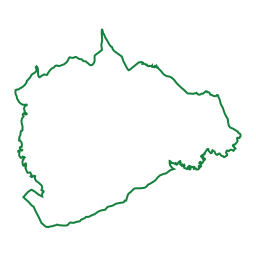 Phu Kradueng, Loei, Thailand (Natural Earth projection)
{"feature_id": "78962969B77049388444937", "entity_name": "Phu Kradueng", "entity_type": "district", "adm_level": 2, "iso_a3": "THA", "parent_name": "Thailand", "parent_adm1": "Loei", "projection": "natural_earth1", "projection_center": [101.891, 16.902], "detail": "fine", "context": "isolated", "style": "outline", "palette": "green", "viewbox_px": 256, "rotation_deg": 0, "n_neighbors": 0, "source": "geoboundaries", "source_scale": "gbopen_adm2", "svg_char_len": 5735}
<svg xmlns="http://www.w3.org/2000/svg" viewBox="0 0 256 256"><path d="M217.4,154.9L218.4,153.8L219.6,153.5L220.4,154.3L220.7,155.1L222.0,156.0L222.9,156.1L223.8,157.0L224.2,157.1L227.0,155.4L227.1,154.0L226.2,153.0L226.0,152.5L226.7,150.7L227.4,150.5L228.8,151.2L230.0,150.0L231.0,149.7L231.9,149.9L233.5,150.8L234.3,149.5L235.5,148.6L234.1,146.9L233.8,147.0L232.9,145.8L232.9,145.4L233.3,144.8L234.0,144.6L234.4,144.8L234.9,144.5L237.4,141.7L237.6,140.8L237.0,138.9L237.3,137.9L237.8,137.7L239.4,138.1L239.8,137.5L240.0,136.7L240.5,136.3L240.6,135.5L240.2,134.0L238.7,133.1L238.1,132.5L237.8,131.6L232.9,128.6L230.7,127.8L229.0,126.1L228.5,124.3L227.6,118.7L226.1,116.4L224.6,113.1L222.6,107.4L220.8,104.2L219.7,99.6L218.3,96.8L218.2,95.4L217.1,95.0L216.7,95.2L215.9,96.2L213.5,96.0L211.8,94.9L210.3,94.7L209.8,93.3L209.2,92.5L207.7,92.1L207.3,92.2L207.1,91.6L206.0,91.2L205.7,91.3L204.8,92.3L204.2,92.6L203.0,93.7L201.5,93.6L200.3,94.5L199.2,94.7L198.5,94.6L197.8,93.9L197.4,93.9L196.5,92.8L195.9,93.2L195.1,93.2L193.6,93.8L187.5,93.4L184.0,89.9L181.3,87.7L176.8,83.4L174.3,80.1L172.0,77.9L170.1,76.8L166.6,76.0L164.5,75.0L163.0,73.6L160.7,70.7L158.1,68.2L157.9,67.4L157.5,67.2L157.0,67.3L156.7,66.5L156.6,66.8L156.3,66.4L156.2,66.7L155.4,67.0L155.4,66.5L155.0,66.8L154.9,66.4L155.1,66.2L154.8,66.0L154.1,67.0L153.6,66.8L152.8,67.0L152.3,66.9L152.4,66.6L152.2,65.8L152.0,66.2L151.6,65.9L149.5,66.0L149.2,65.8L148.8,66.2L148.4,66.3L146.8,65.4L146.8,64.7L146.4,64.6L146.2,64.8L145.9,64.4L145.6,64.5L145.2,64.2L143.8,63.8L142.7,63.9L143.2,62.9L142.3,62.3L141.5,62.0L141.4,62.4L138.9,62.3L129.4,70.0L128.5,70.2L127.1,68.3L123.3,61.0L121.9,56.6L114.4,51.2L112.7,49.1L112.1,47.1L110.8,46.4L109.6,44.9L107.2,40.6L105.6,38.1L103.9,34.2L103.0,33.1L102.8,31.5L101.9,28.9L101.7,33.0L102.2,40.4L101.3,44.8L102.0,50.0L94.8,55.4L94.6,56.2L94.6,61.3L93.4,63.7L92.1,65.0L90.6,65.3L89.2,64.4L87.9,63.1L87.0,62.6L86.0,61.5L83.4,61.1L81.7,59.3L79.3,59.0L75.8,56.9L75.1,57.0L73.2,57.9L71.1,57.7L69.8,57.3L69.1,57.9L67.2,61.5L66.2,62.6L64.1,64.3L59.1,66.1L58.2,66.0L57.3,65.5L55.4,65.8L53.7,67.6L52.3,68.1L50.2,70.0L47.6,73.6L47.5,74.5L47.2,74.8L46.4,75.0L44.8,74.5L43.5,74.6L39.7,77.3L39.0,77.0L38.1,74.8L37.9,68.8L37.2,67.0L36.5,66.3L35.8,67.2L36.6,69.9L36.5,70.5L36.0,71.5L34.9,72.6L32.5,74.0L31.4,75.0L30.0,77.7L29.2,78.3L28.4,79.5L27.1,80.5L26.7,81.3L26.4,82.8L24.9,84.9L23.2,86.4L21.2,87.8L20.1,88.2L18.7,89.4L16.6,89.6L15.6,90.1L15.4,92.6L15.7,94.4L16.5,95.8L17.2,98.8L19.2,102.2L20.9,103.7L22.6,104.7L25.3,104.8L26.3,104.5L26.6,104.6L26.8,105.1L26.7,105.3L25.7,105.5L24.8,106.3L23.9,108.6L24.7,110.7L24.5,111.9L25.7,113.1L26.7,113.5L26.7,114.1L26.3,114.4L25.2,114.4L24.8,114.1L24.5,113.5L24.1,113.3L23.1,113.8L22.7,114.9L23.6,116.4L22.0,118.5L21.5,120.9L21.7,123.4L22.6,126.7L22.4,128.5L22.7,129.5L22.0,130.8L21.2,130.8L20.7,131.8L20.4,135.0L19.3,137.3L19.4,138.3L19.1,139.0L19.1,140.2L19.2,140.6L20.2,140.5L20.5,141.2L21.3,142.1L21.7,143.2L21.9,144.6L21.8,146.7L21.3,147.0L20.1,147.1L19.8,147.7L19.8,148.1L20.3,149.3L22.0,149.7L22.3,150.0L22.1,150.4L21.7,150.6L20.6,150.4L19.7,150.8L18.6,150.7L18.2,151.0L18.3,151.8L19.1,151.9L19.5,152.5L19.1,155.2L19.6,156.2L20.7,157.8L21.8,157.7L22.6,156.6L24.2,157.0L24.7,157.4L23.8,158.2L23.7,159.0L23.4,159.6L23.1,159.6L22.7,159.1L22.9,160.2L22.4,161.8L22.9,165.0L23.6,165.7L24.4,165.8L24.7,164.3L25.5,163.4L25.9,163.5L26.0,166.8L25.4,167.9L27.3,172.5L27.7,172.8L29.9,172.4L30.3,172.7L31.7,175.0L31.5,175.3L30.9,175.8L30.6,176.4L31.6,177.0L32.1,177.0L34.1,175.8L35.1,176.1L35.2,176.5L34.9,177.5L34.9,178.8L36.2,181.0L38.4,182.5L41.7,185.5L42.3,188.0L41.4,190.0L42.2,190.7L43.2,190.8L43.6,191.4L43.5,192.1L42.6,192.8L42.2,193.5L42.0,195.6L42.2,196.4L38.7,194.7L35.1,191.8L33.4,190.8L31.7,189.8L31.1,189.8L27.8,192.1L23.4,197.1L25.1,198.8L28.4,201.7L31.0,204.7L32.2,205.9L33.6,206.6L35.5,211.1L38.6,216.8L41.4,222.9L45.4,226.4L46.4,226.9L48.7,227.1L49.5,226.6L53.3,226.0L54.2,225.5L55.7,225.3L57.0,224.6L59.1,225.2L64.3,225.6L66.1,225.5L67.8,225.0L69.2,223.3L70.4,222.5L73.5,222.9L76.3,221.9L79.8,221.3L81.4,219.5L84.6,218.3L86.0,216.9L88.7,216.9L91.5,215.4L94.8,214.1L97.9,211.8L100.1,210.8L102.0,210.2L104.9,209.9L107.7,206.8L112.8,205.6L115.9,203.7L123.6,202.3L124.2,201.7L124.7,200.6L125.8,200.8L126.2,200.5L127.6,195.5L128.5,193.7L130.6,192.1L133.9,188.8L135.3,188.3L140.4,188.3L143.7,187.9L145.6,187.3L146.9,186.1L148.1,184.6L149.8,183.9L154.6,180.9L155.7,179.9L157.8,177.3L160.1,175.3L163.4,174.0L166.2,173.3L170.6,170.0L173.9,169.0L172.5,168.2L170.2,165.5L169.7,163.6L169.6,161.0L170.5,161.3L171.3,163.0L173.7,163.2L174.5,163.7L175.7,163.0L175.9,163.4L175.8,164.3L176.8,164.7L177.7,163.9L178.6,162.1L179.2,162.0L179.8,161.2L180.2,161.1L180.6,162.7L180.1,164.1L180.2,164.4L180.9,164.8L182.1,164.5L182.2,164.8L181.8,165.8L182.1,166.1L182.8,165.8L184.1,164.6L184.6,165.4L184.0,167.1L184.1,167.6L184.4,168.1L186.2,168.4L186.8,169.1L187.4,168.9L188.0,167.0L189.2,165.9L189.7,165.9L190.0,166.6L189.1,168.8L189.4,169.4L190.3,169.3L190.8,167.4L191.4,166.7L193.2,167.2L194.4,166.9L194.5,167.2L193.7,168.4L193.8,168.9L196.0,168.5L196.5,169.5L198.0,169.4L199.2,168.5L198.8,167.2L198.9,165.9L199.7,165.8L199.9,166.8L200.3,167.0L201.1,166.2L200.6,164.1L199.3,163.2L199.5,162.4L200.1,161.9L200.5,161.9L200.8,162.2L200.8,163.5L201.6,163.5L202.6,162.7L203.6,160.7L204.7,159.9L205.0,159.2L204.9,158.7L204.1,158.4L203.5,159.2L203.1,159.2L202.5,158.2L203.1,156.6L202.7,156.4L201.5,156.9L201.1,156.6L201.3,155.9L202.4,154.9L204.4,154.5L204.7,154.0L204.4,153.8L204.3,153.3L204.9,152.8L207.3,149.1L208.0,148.9L208.4,149.1L208.4,150.4L210.6,153.1L211.3,153.1L211.7,152.9L212.2,151.3L212.3,150.4L212.5,150.2L213.5,151.0L214.5,151.5L215.2,153.2L216.2,154.5L217.4,154.9Z" fill="none" stroke="#15803d" stroke-width="2"/></svg>